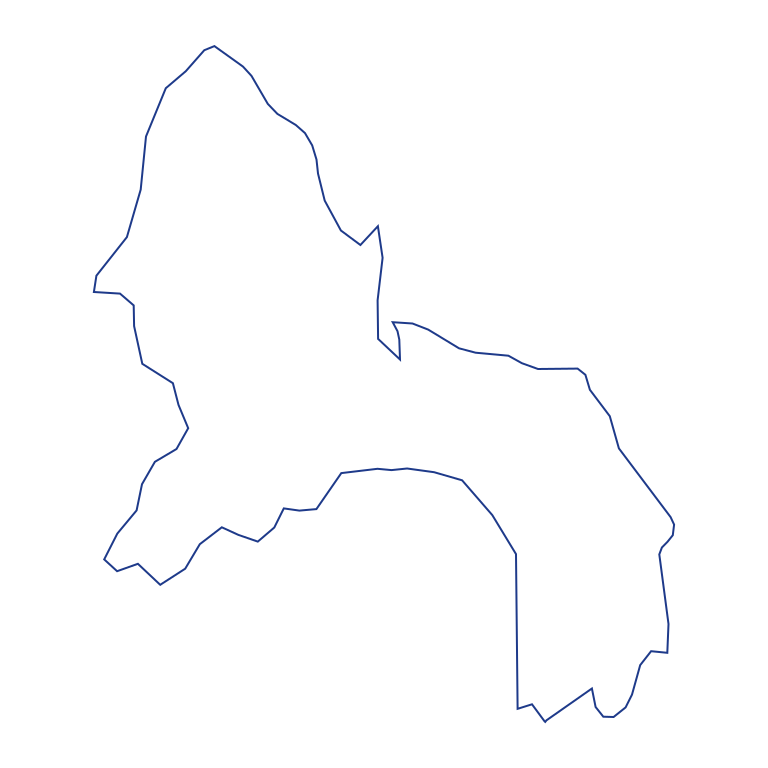 SVG path tracing the border of Dar-Es-Salaam
{"feature_id": "TZA-3378", "entity_name": "Dar-Es-Salaam", "entity_type": "Region", "adm_level": 1, "iso_a3": "TZA", "parent_name": "United Republic of Tanzania", "parent_adm1": "", "projection": "orthographic", "projection_center": [39.274, -6.872], "detail": "fine", "context": "isolated", "style": "outline", "palette": "blue", "viewbox_px": 768, "rotation_deg": 0, "n_neighbors": 0, "source": "natural_earth", "source_scale": "10m", "svg_char_len": 1270}
<svg xmlns="http://www.w3.org/2000/svg" viewBox="0 0 768 768"><path d="M214.4,46.1L243.0,66.6L251.5,75.9L267.8,103.9L277.4,113.9L295.8,125.0L305.0,133.1L312.2,145.4L316.5,159.6L318.0,173.5L324.7,200.6L340.9,230.5L360.4,245.0L377.9,226.2L382.6,257.8L377.6,300.3L378.1,338.9L400.0,359.5L399.3,339.6L397.5,331.2L392.7,322.2L412.5,323.5L428.2,329.6L459.0,348.3L475.6,352.7L508.4,355.7L521.9,363.2L538.0,369.0L577.6,368.6L585.4,374.8L589.9,389.8L609.8,416.2L618.9,448.4L670.6,517.1L674.1,524.6L672.8,535.2L667.5,541.8L661.9,547.5L659.3,554.4L668.5,624.0L667.3,652.8L651.1,651.2L640.2,665.1L632.0,694.6L625.6,707.4L613.6,717.0L603.3,716.7L595.6,707.0L591.9,688.5L546.5,720.3L545.2,721.9L544.4,721.1L532.0,704.3L517.6,708.8L516.0,554.1L492.3,515.1L462.1,480.3L434.1,472.2L407.1,468.5L391.5,470.1L377.5,468.8L341.3,473.1L316.4,509.1L299.4,510.6L283.8,508.4L274.3,527.5L257.8,541.6L238.4,534.9L221.8,527.3L199.8,544.2L185.2,568.7L160.2,584.8L137.9,563.8L117.1,571.2L104.2,559.4L117.3,533.6L136.6,510.4L142.0,484.2L154.9,461.8L176.5,449.0L188.2,428.2L178.5,404.9L172.9,383.2L142.3,363.8L134.1,326.1L133.7,305.4L120.0,293.6L93.9,292.0L96.4,275.7L126.9,237.1L140.7,189.6L146.0,136.5L165.8,88.2L185.8,71.2L204.3,50.2L214.4,46.1Z" fill="none" stroke="#1e3a8a" stroke-width="2"/></svg>